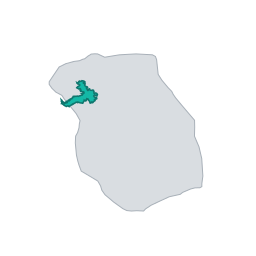 Telle, Quthing, Lesotho (highlighted), rotated 112°
{"feature_id": "5366337B55047013089331", "entity_name": "Telle", "entity_type": "district", "adm_level": 2, "iso_a3": "LSO", "parent_name": "Lesotho", "parent_adm1": "Quthing", "projection": "equal_earth", "projection_center": [28.078, -30.25], "detail": "fine", "context": "in_parent", "style": "filled", "palette": "teal", "viewbox_px": 256, "rotation_deg": 112, "n_neighbors": 0, "source": "geoboundaries", "source_scale": "gbopen_adm2", "svg_char_len": 6370}
<svg xmlns="http://www.w3.org/2000/svg" viewBox="0 0 256 256"><g transform="rotate(112 128 128)"><path d="M161.7,171.2L155.8,173.3L155.0,173.5L151.2,173.0L146.2,173.5L142.2,174.7L139.1,175.2L134.1,181.4L124.9,198.1L122.5,201.6L121.8,208.2L119.7,213.4L117.1,217.4L114.6,218.4L107.0,216.8L97.2,214.7L91.6,209.7L86.5,203.0L83.8,198.2L81.1,195.6L80.1,194.1L76.1,191.9L74.6,190.7L73.3,189.9L71.7,186.7L70.7,183.9L71.1,176.1L68.3,171.5L63.5,163.6L60.4,157.1L56.3,148.3L53.7,140.7L51.0,132.8L51.4,129.4L53.9,127.1L61.2,123.2L67.0,120.1L71.0,114.5L75.5,106.1L77.7,101.1L79.8,98.8L82.2,95.2L86.4,87.4L91.0,78.6L95.9,69.2L102.2,66.5L110.7,63.3L118.9,55.1L128.7,48.2L144.5,40.6L151.9,38.7L154.7,37.6L156.5,39.0L158.3,43.3L161.0,47.0L167.2,53.2L169.9,54.7L176.3,64.0L183.1,70.4L191.0,77.7L196.4,81.4L199.1,82.4L201.4,88.9L203.7,93.7L205.0,98.2L204.7,102.6L202.1,113.3L198.5,124.3L195.5,128.9L192.0,131.7L188.5,136.1L187.1,144.8L185.5,155.2L180.9,159.4L177.4,162.2L172.5,165.6L161.7,171.2Z" fill="#d9dde1" stroke="#a8b0b8" stroke-width="1"/><path d="M126.9,200.4L127.5,200.0L127.5,199.8L128.1,199.9L128.4,199.8L128.6,199.3L128.6,199.0L128.9,198.8L129.1,198.3L129.5,198.5L129.7,198.9L130.2,198.8L130.3,198.8L130.0,197.6L130.4,197.4L130.7,196.1L130.9,195.9L130.9,195.2L131.1,194.7L131.0,194.1L131.0,193.8L131.2,193.4L131.1,193.1L130.8,192.7L130.5,192.6L130.2,192.5L130.0,192.2L129.9,191.4L130.1,191.2L130.0,190.9L130.2,190.6L129.6,190.5L129.3,190.1L128.7,189.8L128.3,189.3L127.8,189.3L127.5,189.1L127.5,188.7L127.4,188.5L126.8,188.1L126.5,188.3L126.2,188.2L125.9,187.9L126.1,187.6L125.7,187.4L125.4,187.1L125.0,186.7L124.7,186.6L124.6,186.4L124.4,186.4L123.8,186.1L123.4,185.2L123.4,184.2L123.2,184.0L123.0,183.9L122.9,184.0L122.9,183.6L122.8,183.8L122.5,183.4L122.7,182.9L122.6,182.7L122.7,182.3L122.5,181.6L122.5,181.1L122.2,180.7L122.2,179.8L122.1,179.5L121.9,179.3L121.9,179.2L121.7,179.1L121.4,179.2L121.2,179.2L121.1,179.3L120.7,179.1L120.2,179.1L119.9,178.9L119.6,179.0L119.3,178.8L118.6,179.0L118.9,178.1L118.9,177.6L118.8,177.3L118.5,177.1L118.3,177.1L118.0,177.4L117.8,177.0L117.6,177.1L117.3,177.0L117.0,177.2L116.6,177.1L116.4,177.2L116.2,177.2L116.2,176.8L116.1,176.4L116.4,176.4L116.3,176.2L116.4,175.4L116.5,175.3L116.8,175.3L116.9,175.1L117.2,174.8L117.4,174.1L117.5,173.9L117.7,173.5L117.9,173.4L118.1,173.3L118.2,173.2L118.6,172.7L118.8,172.8L119.0,172.7L119.1,172.3L119.0,172.2L118.5,172.2L118.2,171.8L118.2,171.7L118.4,171.7L118.3,171.0L118.4,170.9L118.2,171.1L118.0,170.7L117.8,170.8L117.8,170.5L117.8,170.4L117.7,170.8L117.3,171.0L117.3,170.7L117.5,170.1L116.7,169.8L116.4,169.8L116.1,169.7L115.6,169.2L115.0,168.8L114.8,168.8L114.5,169.0L114.4,169.2L114.5,169.6L114.3,169.8L114.1,169.8L113.9,169.6L113.5,169.1L112.9,168.1L112.6,167.9L112.4,167.9L112.0,168.3L111.6,168.5L111.6,168.8L112.1,169.4L112.1,169.6L111.9,170.7L111.8,171.0L111.5,171.3L111.4,171.5L111.2,171.8L110.8,171.8L110.3,171.6L109.8,171.1L109.8,170.9L110.1,170.4L110.1,169.9L110.0,169.3L109.8,168.8L109.4,169.0L109.4,168.9L108.6,168.8L108.3,168.9L108.1,169.3L107.9,169.5L107.7,169.7L107.6,170.2L107.6,170.5L107.6,171.1L108.1,171.8L108.6,172.1L108.7,172.3L108.6,172.5L108.0,172.9L107.1,173.1L106.9,173.2L106.8,173.8L106.0,174.0L105.9,174.6L106.0,175.0L106.7,175.8L107.0,176.4L107.1,176.8L107.0,177.5L106.8,177.7L106.3,178.0L106.2,178.2L106.1,178.3L106.4,178.8L106.6,179.0L106.8,179.1L107.7,178.9L108.3,179.2L108.3,179.3L108.2,179.6L107.6,180.3L107.2,180.7L106.7,181.4L106.5,181.6L106.3,181.4L106.1,180.7L105.9,180.6L105.5,180.6L105.3,180.8L105.1,181.2L105.1,181.6L105.2,182.0L105.1,183.4L105.0,183.7L104.4,184.3L103.1,184.2L103.0,184.4L103.0,184.7L103.2,185.2L103.2,185.7L103.2,186.1L102.9,186.4L102.6,186.3L102.5,186.2L102.2,185.9L101.9,185.2L101.5,185.0L101.3,185.2L101.3,185.9L101.2,186.0L101.0,186.3L101.1,186.5L101.1,187.1L101.1,187.3L101.2,187.6L101.2,187.8L101.5,188.0L101.5,188.5L101.8,188.5L102.1,188.7L102.3,188.9L102.5,189.5L102.7,189.9L102.5,190.3L102.9,190.5L103.2,191.0L103.4,191.0L103.6,190.8L103.7,191.1L103.9,191.1L104.6,191.3L104.9,191.2L105.2,191.4L105.2,191.5L105.1,192.3L105.2,192.2L105.5,192.2L105.7,191.5L106.0,191.1L105.9,190.8L105.9,189.3L105.9,189.2L106.0,189.2L106.4,188.8L107.1,189.0L107.4,189.3L107.6,189.3L108.0,189.6L108.4,190.1L108.6,190.2L109.1,190.1L109.4,190.4L109.7,190.7L109.9,190.7L110.0,190.3L110.1,189.1L110.3,187.9L110.0,187.9L109.6,187.6L109.4,187.3L109.5,186.9L109.7,186.6L109.9,186.5L110.2,186.1L110.6,185.7L110.8,185.6L110.9,185.9L111.2,186.0L111.3,186.2L111.7,185.8L111.9,185.6L111.7,185.3L111.7,185.0L111.6,184.8L111.5,184.2L111.4,183.7L111.3,183.1L111.1,182.9L111.1,182.6L111.2,182.4L111.4,182.5L111.9,182.0L112.1,181.9L112.3,182.3L112.5,182.3L112.6,182.5L112.9,182.9L112.9,183.2L113.1,183.4L113.0,183.0L113.1,182.9L113.1,182.7L113.3,182.8L113.5,182.7L113.6,183.1L113.9,183.1L114.2,182.7L114.4,182.7L114.6,183.0L114.8,183.0L115.0,183.6L115.4,183.8L115.7,184.2L115.9,184.3L116.0,184.5L116.3,184.6L116.4,184.8L116.5,185.3L116.8,185.4L117.0,185.6L117.3,185.8L117.3,186.0L117.5,186.8L117.5,187.0L117.4,187.2L118.0,187.7L118.2,188.1L118.2,188.3L118.4,188.6L118.3,188.9L118.5,189.4L118.8,189.7L119.0,189.8L119.1,190.0L119.0,190.3L119.1,190.6L119.3,190.6L119.4,190.4L119.6,190.2L119.7,190.5L119.9,190.5L120.3,190.9L120.9,190.9L121.0,190.8L121.2,191.0L121.5,191.0L121.7,191.3L121.9,191.3L122.2,191.8L122.4,191.7L122.5,191.8L122.5,191.7L122.7,191.9L123.0,192.0L122.9,192.1L123.0,192.3L123.2,192.5L123.3,192.5L123.3,192.3L123.5,192.3L123.7,192.5L123.6,192.8L123.8,192.8L124.0,192.5L124.2,192.9L124.5,193.0L124.7,192.9L124.7,193.0L124.6,193.3L124.8,193.3L124.9,193.2L125.0,193.5L124.9,193.7L125.0,193.7L125.2,193.9L125.6,193.9L125.4,194.0L125.5,194.0L125.9,194.0L125.9,193.9L126.2,194.1L126.4,194.0L126.6,194.3L126.4,194.2L126.3,194.3L126.3,194.6L126.6,194.4L126.5,194.7L126.6,194.8L127.2,194.7L127.1,194.9L127.1,195.1L127.5,194.9L127.6,195.4L127.7,195.5L127.8,195.5L127.9,195.4L127.9,194.9L128.2,195.2L128.3,195.0L128.3,194.9L128.4,195.4L128.3,195.5L128.4,195.9L128.5,196.1L128.7,195.8L129.0,196.0L128.8,196.1L128.7,196.2L128.4,196.2L128.2,196.1L128.3,196.4L128.4,196.5L128.4,196.8L128.5,196.9L128.6,197.0L128.2,197.0L128.1,197.3L128.2,197.6L128.4,197.9L128.5,198.1L128.2,198.2L128.3,198.4L128.0,198.5L127.8,198.9L127.8,199.0L127.5,199.2L127.4,199.4L127.1,199.6L127.0,199.8L127.0,200.2L126.9,200.4Z" fill="#14b8a6" stroke="#0f766e" stroke-width="1.5"/></g></svg>